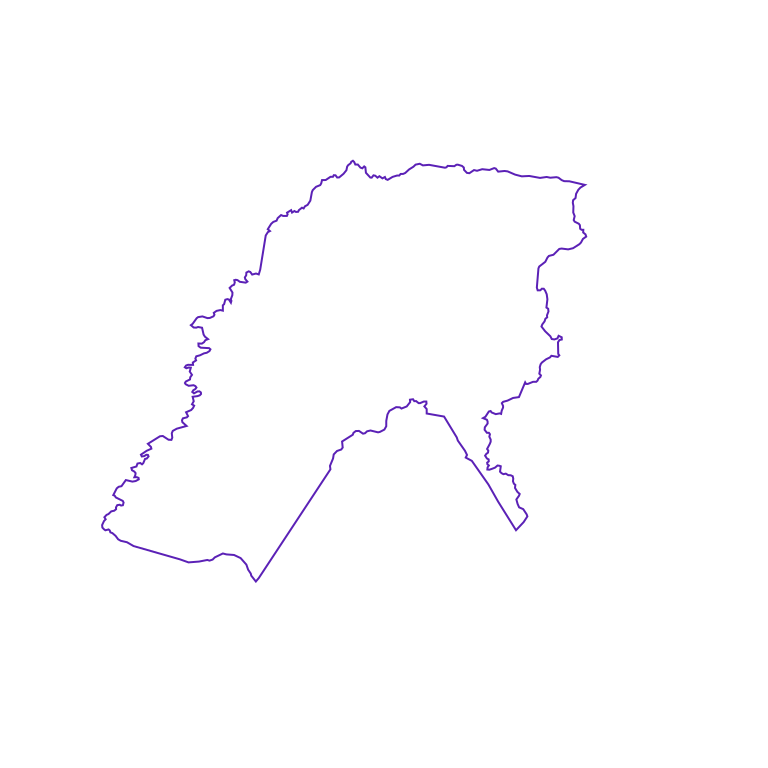 Rondonópolis, Mato Grosso, Brazil (Robinson projection), rotated 34°
{"feature_id": "56859067B39201952923090", "entity_name": "Rondonópolis", "entity_type": "district", "adm_level": 2, "iso_a3": "BRA", "parent_name": "Brazil", "parent_adm1": "Mato Grosso", "projection": "robinson", "projection_center": [-54.671, -16.573], "detail": "fine", "context": "isolated", "style": "outline", "palette": "violet", "viewbox_px": 768, "rotation_deg": 34, "n_neighbors": 0, "source": "geoboundaries", "source_scale": "gbopen_adm2", "svg_char_len": 6165}
<svg xmlns="http://www.w3.org/2000/svg" viewBox="0 0 768 768"><g transform="rotate(34 384 384)"><path d="M370.9,610.7L375.2,613.9L379.6,615.7L381.1,617.1L388.2,619.4L388.7,614.9L387.3,484.7L385.0,482.1L383.4,474.2L381.7,470.5L382.5,465.8L385.2,462.2L385.3,459.8L381.4,455.1L386.5,443.5L386.0,441.6L386.9,438.8L389.5,436.9L394.4,436.9L395.8,435.4L396.4,432.7L398.8,430.1L406.1,427.4L407.4,426.0L409.8,421.6L409.5,417.8L406.5,413.3L403.9,407.3L403.5,403.3L407.0,396.4L410.2,394.5L412.2,394.6L415.4,389.9L415.8,384.4L414.3,382.5L416.6,380.4L418.7,381.3L420.2,380.2L423.4,380.5L424.6,379.7L426.8,376.3L428.9,374.9L430.3,376.6L430.0,380.0L433.4,380.9L435.9,384.6L452.0,377.4L474.2,387.6L476.8,389.6L488.5,394.1L492.5,396.4L492.9,399.3L499.8,398.6L526.7,408.9L544.4,417.7L575.2,431.4L577.0,420.4L576.9,413.6L575.2,412.3L569.4,409.9L565.0,410.7L561.8,408.7L558.3,405.7L558.4,401.1L558.0,399.3L554.8,398.8L550.7,396.9L549.3,394.2L547.4,394.0L545.3,392.5L544.1,390.2L542.3,388.5L540.1,388.8L538.0,390.1L535.1,390.2L533.4,392.0L531.3,392.2L529.2,391.8L526.8,386.9L525.3,387.3L523.7,388.1L522.8,391.3L520.7,394.3L519.2,396.2L517.5,397.1L516.5,395.2L516.5,392.9L514.6,392.7L513.5,391.5L514.1,389.6L512.9,388.0L511.0,388.2L507.9,386.9L507.9,384.8L508.6,382.7L507.7,380.9L505.8,380.2L505.2,374.5L504.7,372.2L503.5,370.4L500.8,368.8L499.9,366.4L498.3,365.8L496.6,366.9L493.0,365.7L491.8,363.5L492.0,358.8L490.8,357.1L489.3,356.1L485.2,356.9L486.4,354.5L486.3,348.2L487.5,346.8L489.1,347.4L493.5,346.5L496.3,343.7L497.8,343.3L496.5,340.3L495.9,337.0L495.0,335.6L492.4,334.0L492.7,332.2L495.7,328.7L498.8,323.4L503.2,319.4L500.1,303.7L501.7,304.5L503.2,303.5L506.3,298.9L509.0,297.0L509.4,295.3L509.0,293.3L509.7,290.8L509.3,289.1L507.0,288.6L505.4,284.9L503.7,282.9L502.8,280.0L502.9,277.9L504.6,272.8L506.7,269.2L507.0,267.0L512.9,264.4L513.3,262.2L511.6,261.6L504.9,252.1L504.9,249.4L506.5,247.7L505.2,245.9L501.8,246.4L502.3,249.2L500.3,251.8L497.9,252.9L495.2,251.4L488.2,250.2L482.4,248.3L481.9,246.1L482.1,242.3L481.3,239.6L482.0,237.5L480.7,235.9L479.8,231.9L478.0,229.8L475.9,229.8L472.1,222.4L468.7,218.6L465.4,216.5L463.2,215.7L461.6,216.7L461.2,218.9L459.0,220.4L456.8,218.6L447.4,201.8L447.0,199.8L449.4,192.5L448.8,187.7L449.1,185.6L452.2,182.1L453.8,174.0L455.5,172.4L461.4,169.4L464.8,165.7L467.8,158.8L468.2,156.6L467.8,152.5L469.2,148.7L467.4,147.3L464.4,147.0L463.0,144.7L461.5,145.7L459.8,145.6L457.6,142.8L455.9,142.2L451.3,142.8L449.6,142.0L448.2,138.2L445.0,136.0L441.6,130.6L439.2,128.2L438.0,125.9L438.8,122.7L436.9,118.9L436.5,114.3L437.0,111.3L439.2,106.6L424.3,112.3L419.9,115.1L417.3,115.6L413.3,115.4L411.3,116.1L406.5,120.0L403.1,121.4L398.1,125.9L388.1,130.3L382.1,134.8L375.6,137.1L367.6,138.6L364.8,140.0L359.9,144.1L356.2,142.9L354.6,143.4L351.7,147.6L345.3,151.0L341.9,155.2L339.0,156.3L336.9,161.5L334.7,162.6L330.6,161.7L329.1,159.9L326.7,159.6L322.5,160.9L321.4,161.8L320.5,164.1L314.8,167.6L314.6,169.4L313.6,170.6L298.8,177.1L294.0,181.0L290.5,181.4L287.5,184.5L286.9,187.4L284.8,192.1L283.6,197.2L282.4,199.1L280.3,200.6L280.1,202.6L278.3,203.8L275.3,207.5L272.9,212.7L270.9,213.1L269.0,211.9L267.7,214.4L264.0,214.3L263.2,216.6L260.3,216.2L258.6,216.9L258.4,219.8L257.2,220.5L250.9,219.0L247.4,214.8L245.9,214.7L245.4,217.3L243.5,217.8L239.6,216.7L237.5,218.1L235.1,216.6L233.4,216.3L232.6,218.1L232.9,219.7L231.9,222.7L231.9,224.4L233.3,227.8L232.9,232.4L231.3,237.8L229.7,239.0L227.1,238.1L225.6,239.0L225.8,240.8L223.8,242.1L221.6,247.5L218.6,249.6L219.8,252.9L219.9,254.8L217.4,258.5L216.5,263.1L216.9,265.2L220.4,273.2L220.5,278.2L219.1,280.9L219.2,283.4L217.4,283.7L216.2,287.5L216.5,289.2L214.8,290.6L213.0,290.7L211.9,293.3L209.8,291.8L207.8,296.2L209.2,297.2L209.5,299.0L206.3,301.1L204.2,301.5L203.1,305.9L203.6,308.7L201.6,311.5L200.9,314.3L201.1,320.7L203.9,321.0L202.8,323.0L202.9,327.0L217.4,358.4L218.9,363.2L216.1,364.0L213.5,367.0L210.5,365.9L208.8,366.3L207.6,368.6L209.0,371.0L209.0,373.4L210.3,374.6L213.5,375.5L212.7,377.3L207.3,379.9L204.5,379.8L202.8,380.5L201.8,381.7L203.4,383.1L204.2,385.5L203.0,387.4L202.3,390.7L207.2,392.9L208.6,395.2L209.6,399.4L211.0,400.4L211.6,402.2L208.2,400.7L206.7,401.2L205.3,402.9L206.8,407.2L206.4,408.9L209.4,413.3L207.0,414.2L204.3,417.0L203.1,420.2L204.7,421.4L204.8,423.2L202.7,426.6L200.8,428.1L195.7,429.5L192.5,432.5L191.9,434.2L191.7,441.2L191.0,443.2L194.6,443.6L196.8,442.3L198.0,440.7L201.7,439.1L206.8,443.9L209.1,444.9L213.0,445.2L211.4,447.6L211.4,450.0L210.4,452.4L207.5,454.2L209.1,456.3L211.7,456.4L218.9,452.1L220.7,452.3L220.9,454.3L219.6,457.2L217.6,459.3L215.4,463.1L212.9,466.0L213.4,468.4L215.0,469.5L213.5,473.1L215.0,474.9L210.8,477.7L209.6,479.3L209.5,481.5L211.3,481.5L212.9,479.5L214.7,478.5L216.0,482.3L219.7,483.8L219.6,486.7L220.6,488.7L218.3,492.8L218.4,494.5L219.7,495.1L223.1,494.7L226.8,491.5L228.8,491.2L230.5,491.8L230.4,493.7L229.4,495.8L229.5,497.8L231.7,498.0L233.6,494.4L235.1,493.3L236.9,493.4L237.9,494.6L237.6,496.4L236.2,498.3L232.5,501.6L235.9,504.7L236.2,508.2L238.7,508.1L239.1,510.6L238.7,513.4L235.7,518.1L239.5,520.2L239.2,521.9L236.5,524.9L236.8,527.0L238.2,528.4L243.8,529.2L237.2,536.9L235.1,541.0L235.6,543.5L238.5,546.9L239.0,549.2L236.5,550.7L229.7,550.8L227.5,552.6L221.7,565.6L226.0,566.5L227.3,567.7L224.6,572.1L222.0,578.5L223.7,579.5L225.5,577.9L226.5,575.6L227.9,574.8L229.3,575.7L229.0,578.5L227.8,579.7L228.7,584.3L228.3,585.9L226.1,585.8L224.1,587.8L224.9,590.8L221.5,594.9L223.3,596.4L226.0,596.2L227.9,596.8L228.8,598.6L229.2,600.9L231.1,599.5L233.0,599.1L234.0,600.2L232.4,603.3L230.0,605.6L223.7,608.0L223.5,615.5L221.5,617.6L220.8,620.0L221.7,627.5L223.2,627.2L225.1,628.0L232.8,627.0L234.4,627.9L235.3,630.5L234.0,631.8L232.4,631.9L230.6,633.6L230.8,636.2L231.9,637.6L231.2,639.9L229.1,642.1L228.3,645.9L227.2,647.6L226.7,650.8L228.9,651.8L228.5,654.2L229.2,658.6L230.8,660.5L233.0,661.0L234.8,661.1L237.0,658.6L238.6,658.8L240.1,660.0L242.2,659.5L246.4,660.0L250.4,661.4L253.4,661.2L259.4,658.9L267.0,658.4L312.8,643.5L321.7,641.2L330.0,634.6L335.9,628.7L338.1,628.0L340.1,625.4L340.7,622.3L345.2,614.6L348.6,613.4L355.3,609.6L362.5,608.5L370.9,610.7Z" fill="none" stroke="#5b21b6" stroke-width="2"/></g></svg>